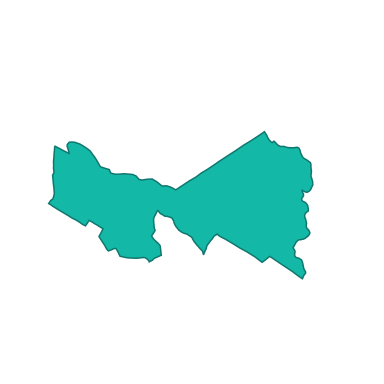 outline of Al-Amara, Maysan, Iraq, rotated 33°
{"feature_id": "34846034B34105115765151", "entity_name": "Al-Amara", "entity_type": "district", "adm_level": 2, "iso_a3": "IRQ", "parent_name": "Iraq", "parent_adm1": "Maysan", "projection": "albers", "projection_center": [47.067, 32.106], "detail": "fine", "context": "isolated", "style": "filled", "palette": "teal", "viewbox_px": 384, "rotation_deg": 33, "n_neighbors": 0, "source": "geoboundaries", "source_scale": "gbopen_adm2", "svg_char_len": 4470}
<svg xmlns="http://www.w3.org/2000/svg" viewBox="0 0 384 384"><g transform="rotate(33 192 192)"><path d="M331.8,204.6L331.7,203.8L331.2,201.0L331.4,199.4L331.4,198.0L330.6,197.0L329.4,196.4L327.4,195.3L326.4,194.2L324.7,192.5L322.5,190.4L321.0,189.4L319.8,189.3L318.3,189.3L316.7,189.6L315.3,190.1L313.7,190.0L312.5,189.1L311.5,187.3L311.0,186.0L310.3,185.3L309.3,184.6L307.9,184.2L307.1,183.7L307.1,182.2L306.9,180.6L306.8,178.8L306.7,176.8L307.0,175.7L307.3,174.8L307.9,173.6L309.0,173.0L310.1,171.7L311.0,171.0L312.0,169.5L312.3,168.6L312.7,167.4L313.2,166.2L313.4,164.8L313.5,163.5L313.1,162.1L311.6,160.9L309.8,160.1L308.4,160.0L307.2,159.3L306.0,157.9L305.1,155.8L303.8,154.6L302.1,152.9L299.9,151.3L298.9,149.6L298.8,148.1L299.0,146.6L299.8,145.3L299.8,144.4L299.2,143.4L298.6,142.7L296.2,140.2L295.1,139.8L293.2,139.1L291.9,139.1L290.7,139.4L289.5,139.4L288.5,139.0L287.9,138.4L287.6,137.3L287.6,136.2L287.6,134.4L287.1,133.8L286.4,132.7L285.6,132.5L284.2,131.6L283.5,130.6L283.9,130.4L284.7,130.4L286.5,130.3L287.5,130.1L288.7,129.5L289.6,128.0L290.1,126.4L290.1,124.7L289.8,123.0L289.5,120.4L288.5,119.0L287.4,117.4L286.0,116.3L284.7,115.1L283.4,114.2L282.5,112.8L281.6,110.9L280.8,109.4L279.8,108.3L278.3,106.5L277.0,104.5L275.8,103.2L275.1,102.9L274.2,102.8L272.7,102.7L270.1,102.6L268.7,102.8L266.7,102.7L265.0,102.1L263.5,101.0L261.7,100.0L260.0,98.3L258.5,97.3L257.6,97.0L256.5,97.0L255.6,97.4L254.5,98.3L253.4,99.4L251.0,100.9L248.9,102.2L246.4,103.2L244.5,103.6L243.5,104.2L241.6,105.5L239.0,106.0L235.3,105.2L233.5,104.7L232.7,105.1L232.7,106.1L232.4,106.9L231.2,106.9L230.2,106.8L227.0,105.8L223.5,103.6L219.9,102.0L217.3,108.3L213.6,116.7L209.9,124.4L206.3,133.0L202.0,142.6L198.1,151.5L195.5,157.9L192.2,165.5L189.4,171.1L187.1,177.5L183.7,184.1L181.4,189.5L179.0,194.9L177.3,199.0L171.6,199.5L167.4,200.6L163.6,203.3L157.1,202.6L151.5,202.8L150.5,203.5L147.2,205.9L143.6,209.2L140.6,210.3L136.4,209.0L132.6,209.7L129.1,211.5L125.1,213.7L121.3,216.6L117.8,219.0L113.4,220.4L110.5,218.2L106.1,219.5L103.2,220.3L102.1,220.6L101.1,220.6L95.2,217.5L91.3,215.7L89.5,215.1L83.8,212.9L79.5,212.7L75.8,212.7L72.1,212.8L66.7,214.1L64.2,215.4L62.5,216.6L61.9,217.2L61.6,219.1L61.6,220.4L62.4,221.7L64.9,223.7L67.2,225.7L67.8,226.7L66.2,226.8L60.9,227.4L55.8,227.8L55.5,227.9L52.2,228.2L52.4,229.3L53.9,231.9L55.9,235.8L56.8,237.2L59.3,242.0L61.6,245.2L62.8,247.4L65.3,250.3L65.8,251.3L65.8,251.8L65.8,252.7L65.9,253.8L67.3,255.5L70.3,259.4L74.6,264.6L77.4,268.4L78.3,270.8L79.1,273.6L78.1,276.1L78.1,279.8L80.5,279.6L83.2,279.8L86.3,279.7L89.3,279.7L93.3,279.5L96.7,279.4L99.2,279.3L101.7,279.2L105.7,279.2L109.7,278.7L114.0,278.6L116.3,278.7L117.6,278.8L121.1,278.4L121.2,275.5L121.2,271.8L124.5,271.6L127.5,271.6L130.4,271.4L134.4,271.4L137.3,271.2L137.7,273.8L138.0,276.7L138.2,279.9L139.9,280.8L142.4,281.9L145.0,283.1L147.8,284.3L151.2,286.2L153.9,287.0L154.7,286.0L156.2,284.0L157.4,281.9L158.9,280.8L160.0,281.3L162.4,282.5L164.8,284.0L166.7,285.1L169.9,283.8L172.3,283.0L174.9,281.7L177.8,280.0L180.0,278.7L182.3,277.2L184.2,275.7L186.1,274.0L188.2,272.7L190.5,272.6L193.0,273.1L194.2,273.9L196.1,270.4L196.1,269.8L196.4,268.4L197.2,267.1L198.2,265.6L199.0,264.4L200.2,262.5L200.7,261.8L200.2,261.2L197.9,258.4L195.6,255.6L194.5,254.4L194.1,254.2L191.6,253.5L190.0,253.2L187.3,252.8L185.3,252.3L183.2,251.5L182.0,250.5L182.1,248.3L182.1,246.5L182.0,244.4L180.8,243.4L179.5,242.2L178.2,240.5L175.9,237.6L174.3,235.2L173.9,233.2L173.7,231.1L173.5,229.3L173.3,227.6L173.3,226.3L174.9,226.4L176.1,227.1L177.7,227.3L179.7,227.1L181.0,227.1L181.9,227.2L182.9,226.8L183.8,226.3L185.3,225.6L186.0,225.5L187.2,225.1L188.4,225.0L189.8,224.8L190.6,225.4L192.3,226.2L194.2,228.0L197.1,229.6L199.5,230.4L201.7,231.2L203.4,231.2L205.6,231.3L208.0,230.9L209.7,230.4L210.0,230.2L211.2,230.1L212.6,230.1L214.5,230.1L215.7,230.0L217.0,230.4L218.9,231.5L220.3,232.2L221.5,232.7L223.2,233.2L225.5,234.0L227.1,234.3L228.7,234.9L231.3,235.5L233.2,235.9L233.7,236.5L234.6,237.2L235.3,238.0L235.7,238.0L235.7,237.2L235.5,236.5L235.1,234.5L234.9,233.1L234.8,231.7L234.3,230.5L233.8,229.1L233.8,227.8L234.0,225.7L234.0,223.8L234.5,220.5L234.5,218.0L234.7,216.5L235.6,214.9L236.0,213.5L238.4,214.0L240.0,214.0L243.1,213.7L245.9,213.4L253.2,213.1L263.0,212.9L270.5,212.3L276.9,212.2L280.2,212.1L284.6,212.5L289.1,212.8L290.4,209.4L292.2,203.7L296.6,203.7L307.5,203.9L319.1,204.0L325.0,204.4L327.9,204.6L331.8,204.6Z" fill="#14b8a6" stroke="#0f766e" stroke-width="1.5"/></g></svg>